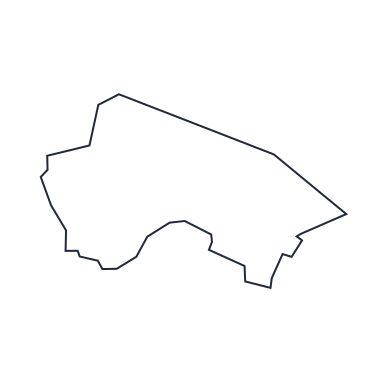 Yirol East, Lakes, South Sudan (Mercator projection), rotated 341°
{"feature_id": "79223893B59833655345818", "entity_name": "Yirol East", "entity_type": "district", "adm_level": 2, "iso_a3": "SSD", "parent_name": "South Sudan", "parent_adm1": "Lakes", "projection": "mercator", "projection_center": [30.77, 6.774], "detail": "fine", "context": "isolated", "style": "outline", "palette": "slate", "viewbox_px": 384, "rotation_deg": 341, "n_neighbors": 0, "source": "geoboundaries", "source_scale": "gbopen_adm2", "svg_char_len": 561}
<svg xmlns="http://www.w3.org/2000/svg" viewBox="0 0 384 384"><g transform="rotate(341 192 192)"><path d="M330.7,263.1L313.6,235.3L281.7,183.2L154.7,75.8L131.8,79.1L110.2,114.6L66.9,110.6L62.6,124.1L53.9,128.5L54.4,158.7L60.4,187.3L53.3,206.5L64.8,210.4L64.8,216.4L80.6,226.3L82.2,235.7L95.9,240.1L118.3,235.1L135.2,219.7L160.8,213.7L175.6,217.0L196.3,238.4L194.7,245.6L189.2,252.2L217.6,279.1L213.2,293.9L235.0,308.2L239.4,299.4L257.4,280.2L265.1,285.7L280.3,273.6L276.5,268.1L281.4,267.0L330.7,263.1Z" fill="none" stroke="#1e293b" stroke-width="2"/></g></svg>